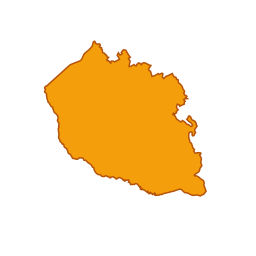 SVG path tracing the border of Limpopo, rotated 244°
{"feature_id": "ZAF-1210", "entity_name": "Limpopo", "entity_type": "Province", "adm_level": 1, "iso_a3": "ZAF", "parent_name": "South Africa", "parent_adm1": "", "projection": "natural_earth1", "projection_center": [29.071, -23.769], "detail": "fine", "context": "isolated", "style": "filled", "palette": "amber", "viewbox_px": 256, "rotation_deg": 244, "n_neighbors": 0, "source": "natural_earth", "source_scale": "10m", "svg_char_len": 5802}
<svg xmlns="http://www.w3.org/2000/svg" viewBox="0 0 256 256"><g transform="rotate(244 128 128)"><path d="M132.0,63.3L133.8,63.7L134.8,63.8L135.4,63.6L135.7,63.8L136.4,63.8L138.4,62.6L139.1,62.4L140.8,62.9L141.7,63.0L142.0,62.6L142.3,61.9L143.0,61.8L144.1,61.9L145.4,61.2L146.1,61.1L146.7,61.6L147.1,61.4L149.4,61.3L150.1,61.5L152.1,63.0L153.3,63.3L154.1,63.8L155.3,63.9L155.8,64.1L156.8,64.7L157.8,65.0L158.2,65.2L158.8,66.0L159.0,66.3L160.0,66.4L160.5,66.7L161.4,67.5L162.3,67.9L162.9,68.0L164.4,67.7L165.2,67.8L165.9,68.0L166.4,68.4L166.8,68.9L167.9,69.7L169.1,70.0L170.4,70.0L171.7,69.7L172.4,69.5L173.7,68.8L174.3,68.6L175.0,68.6L177.2,68.9L178.2,68.9L178.5,69.0L179.0,69.4L179.8,69.3L180.7,68.5L181.4,68.3L185.2,68.0L186.3,67.5L187.3,67.8L189.3,68.0L193.0,69.0L194.2,69.6L194.8,69.7L195.4,69.5L196.5,68.9L197.0,68.9L197.4,69.1L198.1,70.0L199.1,70.7L199.4,70.8L199.6,70.8L200.2,70.5L200.5,70.6L200.9,70.9L201.7,72.2L201.3,72.9L210.0,103.1L210.2,104.3L209.4,113.6L209.6,115.3L210.2,116.7L213.5,120.6L214.2,122.1L215.4,127.2L216.8,130.8L217.3,131.6L217.9,132.3L220.1,134.1L220.5,134.6L220.7,135.2L220.7,135.9L220.3,136.1L219.5,136.2L219.0,136.2L218.5,135.9L218.1,136.0L216.6,137.5L216.2,139.1L215.8,139.4L215.1,139.5L214.5,139.3L214.2,139.1L214.1,138.8L214.0,138.3L213.9,138.2L213.6,137.9L213.1,138.0L212.8,138.2L212.5,138.5L212.0,139.3L211.6,139.4L211.4,139.3L211.0,138.8L210.8,138.7L210.6,138.8L209.8,139.3L209.4,139.2L208.7,138.8L206.9,138.3L206.7,138.3L205.9,139.3L205.4,139.7L205.2,139.8L204.4,139.6L204.1,139.7L203.7,140.0L203.1,140.5L202.7,140.7L201.4,140.4L200.9,140.5L200.0,141.5L199.4,140.2L198.5,138.8L197.5,138.9L197.1,140.0L195.9,140.2L194.2,140.7L194.0,141.2L195.3,141.4L195.4,142.5L194.8,143.7L193.3,145.1L193.5,150.5L196.2,150.4L198.1,150.1L199.8,152.3L197.0,152.8L197.2,155.2L198.8,155.0L200.3,158.1L199.0,160.1L193.3,160.5L190.6,161.1L190.4,158.9L187.2,159.2L183.5,156.3L182.6,156.0L182.4,156.6L182.2,158.3L182.4,161.1L181.5,161.5L180.3,162.5L181.3,164.0L181.9,166.1L180.6,167.3L179.1,167.5L179.0,167.9L179.9,169.0L179.8,170.7L178.5,172.4L175.3,174.6L174.2,176.0L171.8,172.1L169.9,172.3L169.3,173.1L163.7,172.2L163.4,174.6L163.5,177.7L163.7,179.0L162.5,179.5L162.4,182.6L161.6,183.1L160.3,182.4L158.6,181.1L156.7,182.0L157.7,184.2L157.5,188.2L157.6,191.7L155.4,191.6L153.6,192.1L152.6,193.3L150.3,193.0L149.6,194.2L146.3,193.2L144.6,194.3L141.4,194.9L139.1,194.5L137.2,194.9L135.5,194.6L135.1,193.4L132.6,193.4L131.9,194.3L130.7,194.8L130.1,193.3L128.4,194.2L129.3,191.6L129.1,190.5L126.9,191.1L126.6,189.9L124.8,189.1L125.0,183.9L126.4,184.2L127.8,182.7L126.0,181.0L124.3,180.5L122.4,181.1L121.4,178.3L120.5,178.3L120.0,176.3L121.3,175.6L120.7,174.2L117.8,175.7L116.0,175.5L115.2,175.6L114.4,175.8L112.5,176.8L110.3,178.2L110.2,178.8L110.9,180.2L108.9,181.5L105.8,182.5L105.1,182.9L104.8,183.6L103.5,184.4L102.2,184.9L101.8,185.3L101.6,185.8L101.7,186.3L102.1,187.0L102.9,187.2L104.3,187.1L105.4,186.7L106.1,186.3L107.1,185.6L110.1,184.6L110.4,185.6L111.3,187.0L112.0,187.4L112.1,188.2L112.0,188.4L111.4,188.8L110.3,189.2L109.2,189.0L107.5,189.1L106.6,189.5L106.0,190.3L104.3,191.2L102.3,191.3L101.9,190.8L99.5,191.0L97.4,187.3L96.2,186.6L95.0,186.8L94.3,186.7L93.9,186.3L93.6,185.3L93.2,184.8L92.4,184.2L92.3,183.4L92.5,182.8L93.3,182.5L93.8,182.6L95.1,183.4L95.6,183.6L96.3,183.6L96.7,183.2L97.0,182.4L97.1,181.3L96.6,180.5L95.6,179.8L92.9,178.5L91.7,178.1L90.0,178.0L88.4,177.5L87.6,177.6L87.2,177.9L86.9,178.2L86.4,178.3L81.3,177.6L80.7,177.7L80.2,178.0L79.7,178.4L78.3,176.9L77.5,177.1L76.7,177.1L76.0,177.5L75.7,177.7L75.5,178.0L75.5,179.0L75.3,179.8L74.1,181.9L73.8,182.3L73.5,182.4L73.3,182.3L73.1,182.3L72.8,182.0L72.5,180.7L72.2,180.4L70.6,180.7L68.1,180.5L65.4,178.4L61.8,177.8L61.4,177.4L60.6,175.6L59.5,174.4L58.3,173.5L57.5,172.0L57.0,167.9L56.8,167.2L56.3,166.9L55.8,167.0L55.5,167.4L55.1,168.4L53.7,169.6L49.8,171.4L47.7,172.7L47.2,172.8L45.7,172.5L44.8,172.1L43.7,171.3L42.9,171.1L37.1,170.5L36.7,170.3L36.5,169.4L35.5,167.6L35.3,166.5L35.3,163.2L37.5,160.7L37.8,160.2L38.7,157.3L39.6,156.1L40.5,155.2L42.7,153.7L44.8,151.3L45.0,150.7L45.8,150.3L48.8,149.2L49.5,148.8L50.0,148.2L50.4,147.5L51.0,143.9L51.1,142.1L53.4,131.3L53.5,130.2L53.3,129.4L54.3,127.4L54.1,126.7L54.3,125.9L54.9,124.7L55.5,123.0L55.8,122.7L56.2,122.8L56.7,123.8L57.2,123.8L57.8,123.4L57.7,122.8L57.5,122.1L57.5,121.3L57.9,121.6L58.0,121.2L58.2,120.9L58.9,120.5L58.6,120.5L58.9,120.0L59.2,119.7L59.6,119.6L60.0,119.9L60.2,119.4L59.7,118.9L59.6,118.4L59.7,118.1L60.0,118.0L60.4,118.2L60.7,118.5L61.1,117.9L61.2,117.7L61.4,118.0L61.7,118.2L62.0,118.1L62.4,118.0L61.9,117.2L62.3,116.7L63.5,116.3L64.8,115.6L65.4,115.1L66.0,114.5L66.8,113.1L67.3,112.6L67.6,113.9L68.0,113.7L68.4,113.0L69.3,112.5L69.6,112.6L69.3,113.2L69.8,113.5L70.2,113.2L70.8,112.4L71.2,112.2L72.6,112.1L73.4,111.9L74.0,111.4L74.5,110.6L74.7,109.7L74.5,108.9L74.9,108.5L75.1,107.4L75.7,106.6L76.0,105.5L76.4,105.5L77.4,105.9L77.8,105.8L79.1,104.6L80.0,105.7L80.5,105.9L81.0,105.7L81.2,105.3L81.7,103.7L82.2,103.4L81.7,102.4L81.6,102.1L81.7,101.8L82.8,101.9L83.3,101.7L83.1,100.9L84.4,100.6L85.8,99.9L87.0,99.0L87.5,97.9L87.3,96.1L87.2,95.2L87.6,94.8L88.3,94.7L89.7,94.0L90.1,93.7L90.7,93.1L91.1,92.3L91.2,91.4L90.9,90.5L91.0,90.0L91.6,89.7L92.9,89.2L93.4,88.1L94.3,87.7L94.7,87.4L94.9,86.9L94.9,86.5L94.7,85.7L94.8,85.2L95.0,84.8L96.1,83.3L96.4,83.1L97.6,82.9L97.9,82.7L99.1,81.0L99.7,80.6L100.9,79.8L102.2,79.4L105.0,79.2L107.2,79.8L107.7,79.6L108.5,78.9L109.1,78.8L109.7,78.9L110.6,78.9L111.8,78.4L114.3,76.9L115.8,76.4L117.2,76.0L117.7,75.6L117.9,74.8L118.2,74.3L119.0,74.3L120.5,74.4L121.1,73.9L121.9,72.3L122.2,71.9L122.4,71.5L122.1,68.6L122.9,67.5L123.6,66.7L124.1,66.4L124.1,66.2L124.8,65.1L125.1,64.9L129.3,64.7L129.9,64.4L130.4,63.9L131.1,63.4L132.0,63.3Z" fill="#f59e0b" stroke="#b45309" stroke-width="1.5"/></g></svg>